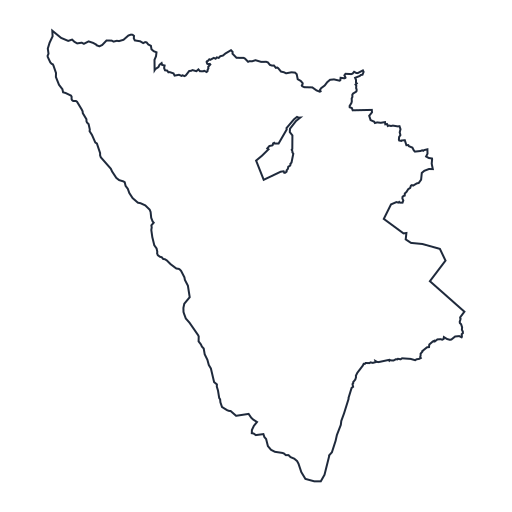 Hwange, Matabeleland North, Zimbabwe (Robinson projection)
{"feature_id": "62879985B77670672881921", "entity_name": "Hwange", "entity_type": "district", "adm_level": 2, "iso_a3": "ZWE", "parent_name": "Zimbabwe", "parent_adm1": "Matabeleland North", "projection": "robinson", "projection_center": [26.512, -18.839], "detail": "fine", "context": "isolated", "style": "outline", "palette": "slate", "viewbox_px": 512, "rotation_deg": 0, "n_neighbors": 0, "source": "geoboundaries", "source_scale": "gbopen_adm2", "svg_char_len": 5889}
<svg xmlns="http://www.w3.org/2000/svg" viewBox="0 0 512 512"><path d="M362.9,70.4L357.7,73.1L356.3,73.0L354.1,71.8L352.6,73.6L351.3,74.1L345.5,73.8L344.4,75.3L345.5,77.5L345.4,77.9L344.4,78.3L340.6,77.8L340.3,80.2L339.6,80.7L334.0,79.4L330.0,79.8L327.2,82.2L324.7,85.5L321.2,88.1L320.0,89.8L320.6,91.3L319.8,91.7L316.5,90.4L312.3,87.4L304.3,87.2L302.2,86.2L301.8,85.5L302.7,83.8L302.6,83.1L300.7,80.9L297.7,79.2L296.7,74.2L295.0,72.6L291.4,72.3L286.1,73.3L283.8,72.2L281.0,71.6L278.2,68.2L277.1,67.5L275.9,67.9L273.9,65.5L272.1,65.6L269.9,64.9L267.9,62.4L266.2,61.8L261.2,61.9L255.5,60.2L252.0,61.3L249.5,61.2L248.1,61.8L245.0,58.6L243.7,57.9L236.5,57.8L232.5,53.7L232.6,51.9L231.0,50.2L225.4,53.5L222.9,55.6L220.3,56.2L218.7,57.9L216.8,57.4L215.6,58.7L213.8,57.9L210.3,59.8L209.3,59.3L207.7,61.1L207.0,61.2L206.6,61.9L207.2,63.7L208.0,64.1L209.8,63.9L210.3,64.5L208.2,66.9L208.4,68.4L207.6,69.8L207.6,71.0L206.6,72.0L204.2,70.8L203.1,71.3L199.9,71.2L198.4,69.4L196.4,71.2L192.5,70.1L191.1,70.8L189.2,71.0L185.8,75.4L184.5,76.1L182.5,75.3L181.6,75.9L179.0,74.8L174.6,75.6L173.5,73.4L169.7,72.1L168.4,72.3L167.2,70.6L165.0,70.3L164.1,68.0L164.6,65.5L162.1,64.9L161.6,63.1L159.6,64.7L158.4,67.1L155.3,69.1L154.6,70.2L154.5,59.8L156.0,56.3L156.5,52.3L153.7,51.2L151.5,49.3L150.9,45.8L148.3,44.5L146.6,42.4L145.2,42.1L143.2,43.1L140.2,41.3L134.8,40.4L133.8,38.3L134.0,35.9L132.6,34.8L131.0,34.6L128.4,35.5L123.5,39.8L119.0,41.1L116.8,40.8L113.6,41.6L111.6,40.6L106.5,40.5L102.2,45.0L99.4,46.3L96.6,45.3L96.4,44.7L93.1,42.9L88.6,41.4L83.9,43.8L81.7,42.7L77.2,43.4L74.4,41.8L72.1,39.6L68.2,40.9L61.1,37.9L52.3,30.7L52.6,36.3L49.6,42.7L47.8,48.6L48.5,53.7L47.6,55.8L47.7,56.8L50.3,62.4L51.6,63.8L52.8,64.3L53.4,65.4L56.0,73.0L55.9,77.0L59.0,84.8L62.4,89.2L63.1,92.3L65.6,93.0L71.0,95.6L71.6,96.7L71.6,99.2L72.1,100.2L73.2,101.0L75.9,101.0L77.0,101.7L81.6,109.3L82.6,111.3L82.8,113.2L86.4,119.2L86.5,121.3L87.0,122.5L88.6,124.1L89.8,129.5L89.6,131.2L92.0,135.0L95.3,142.5L96.9,143.5L100.1,153.1L100.1,155.3L100.8,157.3L110.8,168.7L112.1,171.5L116.3,177.9L119.1,180.1L123.4,181.4L124.7,182.2L125.6,185.9L127.8,188.8L129.3,193.0L132.6,198.1L137.9,202.7L140.5,203.2L145.3,205.4L149.7,209.7L150.6,212.0L151.2,217.8L152.6,221.4L153.7,222.7L151.4,225.3L151.7,227.5L151.3,230.0L152.3,237.1L154.3,245.3L156.6,248.5L157.3,251.9L157.1,253.3L157.8,255.2L160.0,256.8L161.7,257.2L163.2,259.0L164.8,259.2L166.8,260.4L170.6,264.2L176.3,268.5L178.9,268.9L179.9,269.6L181.1,270.9L184.4,277.3L184.9,279.9L187.9,285.7L189.7,297.2L184.3,303.7L183.4,307.9L183.5,312.0L184.0,313.6L185.8,318.5L189.5,322.7L198.2,335.3L198.7,336.5L198.6,341.4L200.9,344.4L201.9,346.6L203.7,348.5L204.7,354.3L207.4,359.8L208.8,365.0L210.9,368.5L214.1,382.1L216.9,384.4L216.8,386.6L218.0,390.6L219.2,398.0L220.1,399.3L220.4,402.3L222.0,407.0L227.1,410.2L229.0,410.9L230.6,411.0L236.1,415.8L248.6,413.9L251.2,417.7L253.1,419.5L257.0,422.0L253.9,425.8L251.9,430.0L251.8,433.2L253.6,433.5L255.8,435.1L263.4,434.1L264.4,437.1L266.1,439.0L267.9,446.1L271.0,449.8L274.9,451.8L282.2,452.9L283.8,453.4L285.8,455.1L288.5,455.1L290.5,457.1L294.3,458.7L297.1,461.1L298.5,463.7L301.3,472.1L305.4,478.9L314.2,481.3L320.8,481.3L324.5,474.8L329.2,456.0L329.1,455.4L331.9,452.3L335.6,440.8L336.9,435.0L340.8,424.9L341.3,420.9L344.0,413.5L348.6,398.8L348.5,398.0L351.6,387.9L353.1,386.8L352.5,384.1L353.2,383.3L353.2,382.1L355.3,379.5L356.0,377.2L355.9,375.7L357.4,372.7L362.8,365.6L363.7,363.8L364.8,363.9L365.6,363.0L369.5,363.1L370.5,362.4L372.8,362.9L375.7,362.1L375.4,361.0L377.0,361.9L378.6,362.1L388.4,360.0L389.2,360.7L389.6,359.9L390.8,360.4L393.5,360.5L396.0,359.2L397.3,359.4L397.9,358.8L400.6,359.3L402.1,358.3L410.6,358.9L415.2,360.2L416.5,359.3L419.1,358.9L420.8,358.0L420.2,357.0L420.6,355.5L420.6,353.7L422.4,351.6L422.3,351.1L427.0,347.3L429.0,347.1L429.3,344.5L433.0,341.3L434.2,340.8L434.3,341.5L434.7,341.5L437.4,339.4L440.7,339.2L442.2,339.7L443.6,339.0L443.9,337.1L447.0,339.0L449.9,339.8L451.4,339.5L455.1,336.5L459.2,336.1L461.6,337.3L461.9,336.8L461.7,334.2L462.9,333.1L462.8,331.5L461.9,329.8L462.1,327.3L461.1,324.2L459.9,323.1L459.7,321.8L460.6,318.8L460.1,317.9L460.4,317.0L464.4,311.7L429.9,281.2L445.5,260.6L439.9,248.9L422.4,244.0L411.0,242.9L405.7,239.4L406.4,233.0L403.5,233.4L383.8,218.9L391.0,204.4L396.4,202.1L398.4,202.6L399.2,201.9L400.0,202.7L402.5,202.7L403.3,200.5L402.4,198.5L402.5,196.9L403.4,196.0L404.7,195.6L404.8,193.5L406.5,191.9L408.2,189.2L410.2,187.9L410.9,185.7L411.9,185.1L413.1,185.6L416.8,183.4L418.7,183.0L421.1,179.7L421.8,172.9L424.3,170.8L429.0,169.0L432.8,169.1L431.7,163.7L432.1,159.2L432.0,158.5L428.8,158.0L426.1,156.5L427.5,153.7L427.4,149.3L424.1,150.1L423.2,150.8L422.2,150.3L420.5,151.0L414.9,151.6L413.8,150.4L412.4,147.6L408.9,146.2L408.3,145.1L406.4,145.2L404.8,140.2L401.6,140.5L401.3,140.9L399.2,140.5L398.9,139.8L399.1,137.0L400.4,135.1L399.7,132.3L400.5,129.2L399.5,126.2L397.8,126.4L392.9,125.6L391.0,126.0L388.9,125.5L387.8,126.0L387.0,124.0L385.3,124.3L385.0,122.1L380.8,122.8L377.2,122.4L374.9,123.0L374.2,121.7L370.6,120.1L369.2,115.8L372.0,112.3L371.8,109.9L352.7,110.3L351.8,108.0L349.7,107.3L349.6,106.0L351.4,103.0L351.8,101.5L351.7,98.5L352.4,96.9L352.3,94.8L353.0,93.6L356.1,91.7L356.6,90.9L356.6,89.3L356.1,88.1L356.3,85.7L355.5,84.5L356.8,83.4L356.0,82.5L356.0,79.9L355.1,77.8L359.7,76.0L360.8,75.0L362.5,74.7L363.6,71.9L362.9,70.4ZM286.7,129.5L286.5,128.1L294.0,119.3L297.0,116.9L298.8,117.7L300.2,117.6L296.0,121.0L290.0,128.7L289.8,132.1L292.4,135.4L292.3,149.0L291.7,149.8L292.4,151.2L292.4,152.4L293.3,153.7L291.5,162.6L290.4,163.8L290.5,164.8L289.9,165.8L288.3,166.7L287.9,168.8L286.6,170.4L286.6,171.6L285.3,172.7L284.3,172.8L283.6,171.3L280.7,171.7L263.7,179.8L256.1,160.6L262.0,155.7L268.5,149.3L267.3,148.4L269.4,146.0L272.3,145.4L272.8,144.9L273.1,143.4L274.2,142.8L274.7,143.5L278.6,143.5L286.7,129.5Z" fill="none" stroke="#1e293b" stroke-width="2"/></svg>